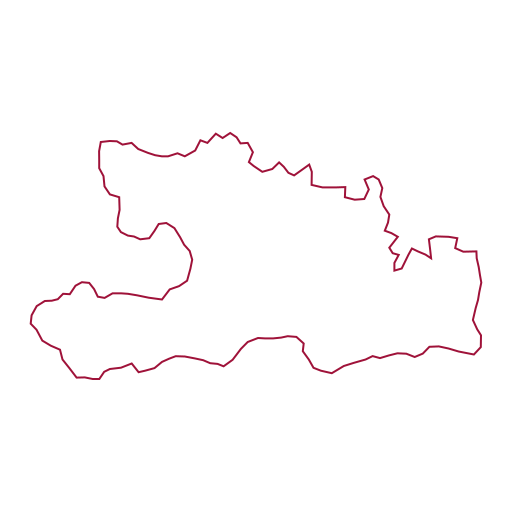 outline of Morungaba, São Paulo, Brazil
{"feature_id": "56859067B67621122776092", "entity_name": "Morungaba", "entity_type": "district", "adm_level": 2, "iso_a3": "BRA", "parent_name": "Brazil", "parent_adm1": "São Paulo", "projection": "orthographic", "projection_center": [-46.788, -22.888], "detail": "fine", "context": "isolated", "style": "outline", "palette": "rose", "viewbox_px": 512, "rotation_deg": 0, "n_neighbors": 0, "source": "geoboundaries", "source_scale": "gbopen_adm2", "svg_char_len": 2345}
<svg xmlns="http://www.w3.org/2000/svg" viewBox="0 0 512 512"><path d="M148.0,152.9L138.2,149.0L131.6,142.9L122.5,144.6L116.9,141.3L109.8,141.0L100.8,142.0L99.1,151.2L99.2,159.9L99.2,168.2L103.5,176.1L104.5,186.4L109.9,194.4L119.2,197.2L119.6,209.9L117.9,218.3L117.3,226.7L120.9,232.1L127.9,235.6L134.0,236.5L140.2,239.3L149.3,238.2L154.4,231.0L158.7,224.0L166.3,223.0L174.4,228.1L180.1,237.2L184.1,244.7L189.7,251.0L192.2,259.7L190.4,268.7L187.1,280.7L179.1,286.1L169.7,289.4L162.0,299.5L148.7,297.7L137.0,295.3L127.9,293.8L120.8,293.3L112.6,293.3L104.6,297.9L97.8,296.7L94.1,289.1L89.2,282.9L81.9,282.2L75.5,285.7L69.8,294.2L63.1,293.8L57.8,299.2L51.8,300.7L44.8,301.0L36.7,306.1L31.6,315.3L30.7,323.7L36.5,329.7L42.3,340.6L50.8,345.7L60.0,349.7L62.5,359.5L69.2,367.9L76.6,377.6L84.8,377.4L92.6,379.0L99.3,379.0L104.2,371.8L109.9,369.0L121.0,367.7L131.7,363.5L138.6,372.2L145.1,370.7L154.5,368.1L162.0,361.9L169.1,358.7L175.7,356.2L184.8,356.5L194.8,358.4L203.2,360.2L210.2,363.2L217.6,363.9L223.6,366.3L232.6,359.8L236.5,354.7L240.9,348.9L247.7,342.0L258.0,338.0L265.0,338.4L273.1,338.4L281.1,337.6L287.7,336.2L296.4,336.9L303.7,343.5L302.8,351.2L308.8,359.5L313.5,367.8L320.9,370.7L331.8,373.2L343.8,366.0L354.0,362.8L365.6,359.5L372.6,356.1L380.0,358.1L389.0,355.4L397.4,353.3L406.3,353.7L414.7,357.0L422.8,353.6L429.4,346.8L438.8,346.4L448.5,348.5L458.6,351.5L473.9,354.5L480.8,347.1L481.0,335.3L477.2,329.3L472.9,320.0L475.7,308.0L478.0,300.0L479.3,292.1L481.3,282.6L480.0,275.3L478.7,267.0L476.7,258.2L476.4,251.4L463.3,251.7L455.2,248.1L457.3,238.2L448.6,236.8L435.8,236.4L428.9,239.3L430.1,249.2L431.1,258.3L425.5,254.6L417.9,251.4L411.9,248.5L408.5,254.6L401.7,268.5L394.4,270.6L394.4,262.9L398.7,254.9L392.7,253.2L389.3,247.7L397.8,236.8L391.4,233.1L384.8,230.7L388.0,222.6L389.3,214.6L383.7,206.2L380.4,196.9L382.3,188.1L378.7,179.5L373.1,176.1L364.6,179.5L368.8,189.5L364.3,199.0L354.7,199.7L344.9,197.2L345.3,187.1L335.9,187.4L322.5,187.4L311.6,184.9L311.8,171.8L309.2,164.6L302.1,169.7L294.1,175.4L288.4,172.8L283.8,166.8L279.1,162.4L272.3,169.0L262.3,171.8L253.7,166.0L248.9,162.1L252.9,152.2L247.7,142.9L240.5,143.4L236.6,137.3L230.2,133.0L222.6,138.0L215.8,133.7L207.4,142.9L200.4,140.3L195.2,150.5L184.8,156.3L177.5,153.3L168.1,156.3L161.7,156.3L155.1,155.2L148.0,152.9Z" fill="none" stroke="#9f1239" stroke-width="2"/></svg>